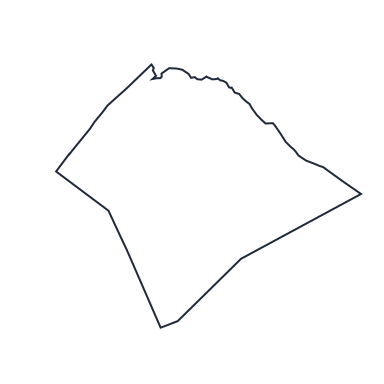 outline of Tamchekett, Hodh el Gharbi, Mauritania, rotated 135°
{"feature_id": "47542326B49487198034252", "entity_name": "Tamchekett", "entity_type": "district", "adm_level": 2, "iso_a3": "MRT", "parent_name": "Mauritania", "parent_adm1": "Hodh el Gharbi", "projection": "robinson", "projection_center": [-10.754, 17.114], "detail": "fine", "context": "isolated", "style": "outline", "palette": "slate", "viewbox_px": 384, "rotation_deg": 135, "n_neighbors": 0, "source": "geoboundaries", "source_scale": "gbopen_adm2", "svg_char_len": 1105}
<svg xmlns="http://www.w3.org/2000/svg" viewBox="0 0 384 384"><g transform="rotate(135 192 192)"><path d="M81.7,117.0L83.5,120.5L85.6,125.7L89.1,133.5L90.0,137.9L90.9,142.5L90.2,146.7L89.9,150.3L90.3,154.4L90.3,161.3L88.2,170.5L86.3,180.7L86.2,183.6L91.5,188.3L91.8,193.6L91.7,200.7L90.6,208.2L89.1,213.6L89.8,218.8L89.9,223.3L89.8,223.5L89.3,227.9L91.5,232.1L90.1,237.8L91.0,238.3L91.8,239.8L90.6,244.0L90.5,245.4L90.9,246.9L91.5,248.5L91.6,248.9L93.1,251.1L93.2,252.4L93.4,254.2L94.5,254.4L96.2,255.7L98.4,257.8L98.8,259.8L99.5,261.0L99.9,262.3L100.2,263.5L101.4,263.6L105.8,264.7L108.5,268.0L108.8,271.2L111.9,273.4L110.9,278.1L111.5,280.6L112.4,285.3L115.5,290.1L120.6,295.7L124.5,296.4L129.8,297.3L131.9,294.9L133.9,294.9L136.6,297.5L140.0,299.8L135.3,299.6L133.7,305.6L131.3,306.8L131.1,308.0L130.7,309.6L130.5,310.8L165.0,311.5L190.3,312.9L199.5,311.6L211.5,310.5L219.0,308.9L247.2,306.0L252.0,305.4L252.0,305.7L273.6,302.6L264.3,237.8L274.1,211.0L279.1,197.0L310.1,118.3L309.1,117.8L293.4,110.8L204.5,110.1L73.9,71.1L78.0,93.8L81.7,117.0Z" fill="none" stroke="#1e293b" stroke-width="2"/></g></svg>